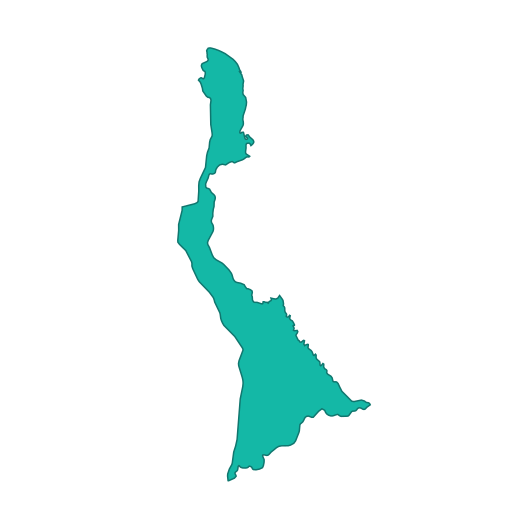 East Berbice-Corentyne, Robinson projection, rotated 347°
{"feature_id": "GUY-671", "entity_name": "East Berbice-Corentyne", "entity_type": "Region", "adm_level": 1, "iso_a3": "GUY", "parent_name": "Guyana", "parent_adm1": "", "projection": "robinson", "projection_center": [-57.523, 3.897], "detail": "fine", "context": "isolated", "style": "filled", "palette": "teal", "viewbox_px": 512, "rotation_deg": 347, "n_neighbors": 0, "source": "natural_earth", "source_scale": "10m", "svg_char_len": 6085}
<svg xmlns="http://www.w3.org/2000/svg" viewBox="0 0 512 512"><g transform="rotate(347 256 256)"><path d="M270.1,299.8L272.0,304.3L272.3,305.5L272.1,308.5L272.0,309.1L271.4,310.2L271.5,310.9L272.0,311.6L272.3,312.6L272.2,313.7L271.8,315.5L271.7,316.5L271.9,317.5L272.7,319.5L272.5,320.6L272.0,321.3L271.9,321.8L272.7,322.5L273.5,322.7L274.2,322.4L275.4,321.4L275.6,321.7L275.9,321.9L274.7,324.5L275.4,326.1L276.8,327.4L277.5,329.4L278.0,331.8L277.8,332.2L276.7,332.1L276.4,332.4L276.9,334.9L275.8,336.9L276.8,337.5L279.4,337.8L279.7,339.1L278.9,340.3L277.7,341.4L277.0,342.3L278.0,346.8L278.3,347.7L278.9,348.1L279.5,349.7L280.4,350.1L281.2,349.9L282.7,349.1L283.6,348.9L284.2,349.5L282.8,352.6L283.3,354.2L283.6,354.0L286.2,353.6L287.0,354.0L286.8,355.0L286.0,356.9L286.4,358.1L288.4,360.4L289.1,362.0L289.6,365.5L290.2,366.0L291.8,365.0L292.3,366.1L291.7,368.3L291.8,369.7L292.2,370.5L294.1,373.1L294.3,373.7L293.9,376.7L294.4,377.5L295.4,377.1L297.0,375.8L297.7,376.6L297.5,377.5L297.2,378.5L297.0,379.3L297.3,380.5L297.6,381.3L298.9,382.6L299.3,383.5L299.1,384.4L298.6,385.6L299.2,387.2L302.0,390.0L302.8,391.9L302.8,395.0L303.1,395.8L303.9,396.2L305.6,396.6L306.3,397.0L307.3,398.7L308.1,402.6L308.6,404.5L309.2,407.1L316.6,419.0L318.7,419.9L326.3,420.1L329.2,421.8L329.6,422.5L330.2,423.1L330.8,423.6L332.4,424.2L333.1,424.8L333.6,425.6L333.8,426.7L330.2,428.2L327.9,429.7L326.7,429.8L325.5,429.2L324.4,428.1L323.2,427.3L321.7,427.1L320.4,427.7L319.4,428.6L318.3,429.2L316.7,429.2L315.2,428.9L314.1,429.2L310.8,432.1L309.9,432.6L308.8,432.6L303.3,431.5L302.3,431.1L301.1,430.0L300.6,429.2L299.9,428.7L298.3,428.7L295.7,429.0L294.4,429.0L293.0,428.7L291.0,427.5L289.6,426.1L288.7,424.3L288.2,421.8L285.9,419.7L282.1,421.4L275.5,426.0L274.0,425.7L271.2,423.8L269.3,423.6L267.6,424.3L266.5,425.5L265.5,426.8L264.3,428.1L262.7,429.0L261.6,429.5L260.8,430.3L258.9,436.1L258.1,437.6L253.0,445.0L250.7,447.0L247.1,448.0L244.7,448.1L238.2,446.7L235.4,446.6L233.0,447.3L226.7,450.4L224.1,452.2L222.8,452.8L221.5,452.7L219.2,451.6L218.0,451.4L217.5,452.1L217.6,453.5L218.1,456.1L217.8,457.6L217.3,459.2L216.0,462.0L214.7,463.7L211.5,464.4L207.9,464.3L205.4,463.5L204.8,462.8L204.3,460.9L203.7,460.1L202.4,459.3L201.6,459.4L200.9,460.0L199.9,460.3L198.4,460.3L196.8,459.9L195.1,459.4L193.8,458.6L193.2,458.0L192.5,456.6L192.1,456.4L191.3,457.0L190.3,459.5L189.8,460.5L189.1,461.1L187.3,462.0L186.8,462.5L186.6,463.4L187.1,465.2L187.1,466.1L185.0,467.6L178.4,468.9L178.2,469.2L178.8,464.0L179.4,462.0L182.1,457.6L185.5,453.8L186.3,452.4L190.2,442.0L193.4,436.6L196.3,430.5L208.5,391.7L213.8,380.1L214.8,377.1L215.1,375.5L215.3,373.7L215.3,371.1L214.5,359.9L214.5,358.6L214.8,356.7L216.0,354.1L222.1,344.9L222.3,344.2L222.1,342.6L217.2,329.6L209.1,316.4L208.3,313.8L207.8,311.2L207.6,308.9L208.0,304.9L208.0,303.2L205.4,291.6L205.4,289.6L205.2,287.6L204.8,286.3L202.3,280.6L195.1,268.6L194.5,267.2L193.9,265.3L191.5,254.1L191.3,251.4L191.9,248.9L191.9,247.0L188.8,234.9L184.1,227.5L183.0,225.0L183.3,223.2L186.4,213.7L187.7,207.9L194.3,194.9L195.1,191.6L208.0,191.3L210.4,190.8L211.8,189.9L214.8,180.0L216.0,174.6L217.2,171.0L219.2,167.9L226.7,158.4L230.5,147.2L232.1,143.9L234.6,140.2L236.4,134.7L237.6,132.3L240.1,129.4L240.6,128.1L240.9,126.2L241.5,117.8L245.6,98.4L247.1,94.4L247.2,93.7L247.1,92.1L245.9,90.9L244.9,90.6L243.6,89.1L241.3,83.3L241.5,80.4L241.2,76.2L240.8,74.1L239.5,71.7L240.4,70.7L242.1,70.0L242.6,70.0L243.0,70.2L244.3,71.4L244.7,71.5L245.1,71.3L245.9,70.5L247.5,67.3L247.9,65.4L247.6,64.6L246.4,63.5L246.2,63.1L245.6,60.3L245.5,59.0L245.7,57.9L246.5,56.8L246.8,56.5L248.1,56.2L251.2,55.6L252.3,55.3L253.1,54.7L253.5,54.2L253.6,53.7L253.6,53.2L253.2,51.3L253.5,49.7L253.9,48.7L253.8,48.1L254.1,46.4L254.1,44.9L255.0,43.7L255.8,43.2L256.1,42.8L256.4,42.8L258.0,42.9L259.6,43.6L262.4,45.1L265.8,47.3L268.4,49.3L271.5,51.9L277.9,59.2L279.5,61.8L281.0,65.0L281.7,68.5L281.9,70.7L282.2,71.7L282.6,72.6L282.7,73.4L282.8,74.3L281.7,72.5L281.1,71.9L282.9,76.3L282.9,78.1L283.3,82.7L282.0,85.7L281.7,87.4L280.8,89.9L280.7,91.7L279.9,93.8L279.8,95.8L281.6,99.2L281.4,103.9L280.5,106.7L279.6,108.4L278.7,110.4L274.8,116.8L274.8,117.4L274.1,119.2L273.8,120.6L273.8,122.4L273.4,124.5L272.7,125.9L268.9,130.1L268.3,131.1L268.0,132.0L268.3,132.8L269.0,132.8L270.1,132.3L270.9,132.5L271.4,132.5L271.6,132.8L271.7,138.9L271.9,139.5L272.3,140.0L272.9,140.2L273.6,140.1L274.1,139.8L274.3,139.2L273.5,138.1L273.1,137.3L273.3,136.4L273.9,136.0L274.8,136.0L275.6,136.2L275.9,136.8L276.5,138.4L279.1,142.0L279.6,143.7L279.3,144.9L278.3,145.9L277.1,146.7L275.9,147.3L275.5,145.5L274.8,144.6L273.9,144.3L272.5,144.2L271.6,144.8L271.1,146.0L270.6,148.5L269.5,151.4L269.2,152.4L269.1,153.6L269.5,154.5L272.3,157.4L271.5,157.9L270.9,157.8L270.3,157.6L269.6,157.4L268.5,157.6L266.4,158.6L264.5,159.2L258.4,159.9L257.1,160.3L256.1,160.4L255.6,160.2L254.4,158.9L254.0,158.6L252.0,158.7L250.3,159.1L246.9,160.4L243.9,159.0L241.0,159.1L238.4,160.6L236.3,162.8L235.2,165.3L234.3,166.1L232.4,166.4L231.4,166.2L230.7,165.8L229.9,165.5L229.0,165.8L228.4,166.4L226.8,169.4L224.4,172.5L223.1,174.5L222.6,177.5L223.2,178.7L224.5,179.4L225.8,180.4L226.8,184.0L228.9,187.0L229.5,188.5L229.4,190.2L228.8,191.7L227.4,193.9L226.2,198.4L224.9,200.8L223.5,204.7L222.9,207.6L221.3,209.9L220.5,211.2L220.2,212.8L220.4,214.2L220.9,215.5L221.1,217.0L220.9,219.2L220.4,220.9L219.6,222.4L212.9,230.1L211.8,232.0L211.6,233.8L212.6,237.5L213.6,245.0L214.4,248.1L216.3,250.7L221.3,255.2L222.6,256.9L226.5,263.4L228.1,267.3L228.4,269.0L228.6,273.0L229.1,274.8L230.0,276.4L231.3,277.4L235.0,279.1L238.0,281.3L238.2,281.9L238.6,283.4L239.2,284.7L239.4,285.3L239.7,285.8L240.1,285.9L240.9,286.1L241.1,286.3L243.0,287.6L244.3,289.2L244.2,290.7L243.0,293.3L243.2,294.9L242.7,297.8L242.8,298.7L243.2,299.8L243.4,300.2L243.8,300.6L244.5,300.9L246.6,301.4L250.4,303.7L251.2,304.0L251.9,303.9L252.7,302.2L253.6,302.4L255.1,303.4L256.3,303.6L256.8,303.8L257.2,304.7L257.8,304.3L258.5,303.4L260.7,302.8L261.2,302.0L261.1,300.4L263.6,301.6L265.6,302.4L267.7,302.0L270.1,299.8Z" fill="#14b8a6" stroke="#0f766e" stroke-width="1.5"/></g></svg>